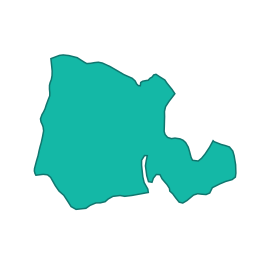 Komo-Mondah, Estuaire, Gabon (Robinson projection), rotated 170°
{"feature_id": "22940354B10433800471916", "entity_name": "Komo-Mondah", "entity_type": "district", "adm_level": 2, "iso_a3": "GAB", "parent_name": "Gabon", "parent_adm1": "Estuaire", "projection": "robinson", "projection_center": [9.643, 0.423], "detail": "fine", "context": "isolated", "style": "filled", "palette": "teal", "viewbox_px": 256, "rotation_deg": 170, "n_neighbors": 0, "source": "geoboundaries", "source_scale": "gbopen_adm2", "svg_char_len": 1836}
<svg xmlns="http://www.w3.org/2000/svg" viewBox="0 0 256 256"><g transform="rotate(170 128 128)"><path d="M226.9,97.5L219.5,97.1L215.4,95.9L212.8,92.9L211.2,88.4L209.6,83.8L206.9,77.9L202.9,72.9L199.9,65.9L197.7,60.5L193.3,56.9L183.4,56.2L178.8,58.4L172.6,59.8L168.1,59.1L163.3,59.4L159.7,61.6L154.7,63.3L147.5,62.9L143.1,61.3L135.9,60.9L119.2,61.0L119.1,64.4L121.6,71.5L121.9,77.3L121.1,88.9L120.2,93.9L116.5,98.0L113.8,97.4L115.7,92.7L117.4,87.7L117.6,82.5L117.8,77.7L117.1,71.6L113.8,70.4L111.7,74.2L108.2,77.3L104.6,76.5L103.3,72.1L101.4,68.8L99.4,65.5L97.7,61.5L97.8,58.6L95.4,55.5L93.2,51.0L90.5,46.1L87.1,44.6L82.6,46.3L75.1,50.6L70.8,51.2L67.2,50.1L62.7,48.9L58.8,49.8L55.3,54.6L47.3,57.0L41.1,58.4L34.4,59.1L30.8,61.0L29.6,64.8L28.4,73.1L28.3,82.2L28.8,87.1L31.4,91.7L35.2,93.8L39.1,95.6L45.6,99.6L46.4,100.7L50.9,95.0L56.6,89.0L60.8,85.4L64.6,83.3L70.1,85.0L71.0,88.2L71.5,94.4L72.0,98.7L73.8,103.7L75.9,106.4L78.7,108.3L83.5,109.9L87.1,110.0L90.7,111.9L92.6,115.1L93.0,118.4L91.9,123.5L90.9,128.5L90.0,132.8L89.2,138.0L87.3,142.5L83.0,147.1L75.9,153.6L77.9,158.2L81.8,165.3L83.4,168.9L88.2,173.2L91.1,176.0L93.5,175.8L95.4,174.0L97.8,173.1L99.8,171.5L101.7,171.6L105.5,171.5L107.6,170.6L108.5,167.5L110.4,167.9L111.8,169.8L112.8,173.1L115.2,176.2L122.8,181.3L134.7,191.4L141.9,196.4L145.7,197.9L149.3,198.2L153.6,198.2L157.4,198.6L159.3,200.1L162.7,203.2L165.8,206.1L173.6,209.6L179.2,211.2L182.9,211.4L191.9,209.7L192.5,200.8L192.8,197.2L193.7,192.8L195.1,189.0L196.8,186.2L197.9,183.7L198.6,180.0L198.9,176.2L199.5,173.2L201.5,170.0L204.6,164.7L206.3,161.4L208.2,158.7L210.4,156.1L212.6,152.2L212.6,149.1L211.9,146.5L211.4,143.9L211.6,139.8L213.7,134.2L215.9,128.8L217.8,124.9L219.6,120.8L221.3,116.5L223.9,111.3L227.1,104.3L227.7,101.9L227.5,99.5L226.9,97.5Z" fill="#14b8a6" stroke="#0f766e" stroke-width="1.5"/></g></svg>